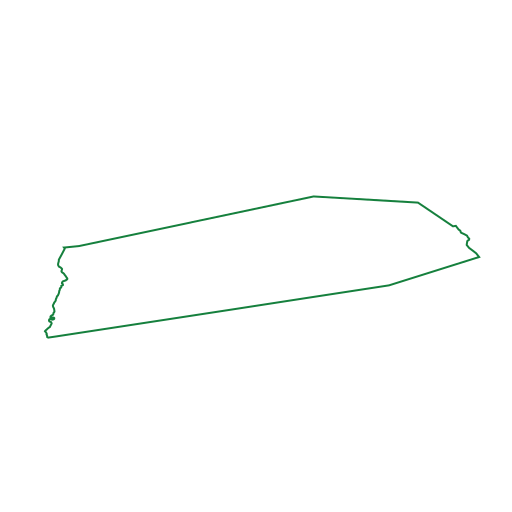 outline of Machinda, Litoral, Equatorial Guinea, rotated 261°
{"feature_id": "11065452B59369715507709", "entity_name": "Machinda", "entity_type": "district", "adm_level": 2, "iso_a3": "GNQ", "parent_name": "Equatorial Guinea", "parent_adm1": "Litoral", "projection": "natural_earth1", "projection_center": [9.965, 1.936], "detail": "fine", "context": "isolated", "style": "outline", "palette": "green", "viewbox_px": 512, "rotation_deg": 261, "n_neighbors": 0, "source": "geoboundaries", "source_scale": "gbopen_adm2", "svg_char_len": 2585}
<svg xmlns="http://www.w3.org/2000/svg" viewBox="0 0 512 512"><g transform="rotate(261 256 256)"><path d="M220.1,476.2L221.5,475.4L224.2,473.9L227.1,471.2L230.5,467.9L230.7,467.7L233.5,466.1L233.7,465.9L233.9,465.9L234.1,465.9L234.3,465.9L237.3,466.9L237.4,467.0L237.6,467.0L237.8,467.3L238.1,467.6L238.7,469.0L239.7,469.3L241.0,468.4L241.3,468.2L243.1,467.6L245.0,465.1L246.8,462.4L247.0,462.3L247.0,462.2L247.4,462.0L247.5,462.0L247.7,461.9L249.1,461.7L250.1,460.6L250.3,460.5L250.4,460.3L253.5,458.6L254.5,458.1L254.5,455.2L283.4,424.3L305.8,322.2L299.4,197.5L299.3,196.8L293.5,82.7L294.3,68.8L294.4,67.7L294.2,67.8L293.4,68.3L292.4,67.7L291.1,66.7L288.0,64.4L283.2,60.7L281.7,60.4L279.5,59.4L278.2,59.1L277.1,59.4L276.1,59.9L275.8,60.4L275.5,60.9L275.0,61.4L274.1,62.1L273.5,62.4L272.9,62.2L272.3,61.9L271.5,61.5L271.0,61.5L270.4,61.8L269.8,62.3L269.4,62.8L269.1,63.1L268.3,63.7L267.7,63.9L267.3,64.1L266.8,64.4L266.4,64.6L265.9,64.9L265.3,65.2L264.4,65.5L264.2,65.6L263.7,66.0L263.0,66.1L262.6,65.9L262.4,65.6L262.2,65.3L262.1,64.8L261.6,64.2L261.6,63.6L261.4,62.8L261.3,62.0L261.1,61.2L260.9,61.0L260.6,60.7L260.2,60.3L259.7,60.2L259.4,60.1L259.2,60.3L258.9,60.5L258.3,60.8L258.0,60.8L257.6,60.8L257.4,60.5L257.3,60.1L257.0,59.3L256.9,59.0L256.7,59.0L256.1,58.9L255.7,58.8L255.3,58.5L255.1,58.1L255.0,57.7L254.7,57.3L254.6,57.2L253.5,57.0L252.9,56.7L252.1,56.1L251.4,56.0L250.6,55.7L249.4,55.1L248.9,54.7L248.0,54.2L247.3,53.1L246.7,52.8L245.9,52.5L245.2,51.9L244.4,51.5L243.3,51.2L242.2,50.2L241.6,49.4L240.7,49.0L240.2,48.5L239.0,47.7L238.4,47.6L237.6,47.7L237.1,47.8L236.3,48.1L235.6,48.3L234.7,48.3L233.5,48.3L232.9,48.3L232.1,47.9L231.9,47.5L231.6,47.2L230.9,46.9L230.2,46.7L229.6,46.1L229.4,45.4L229.2,44.7L228.8,44.1L228.5,43.7L227.9,43.4L227.6,43.4L227.5,43.7L227.4,43.9L227.2,44.7L227.1,45.0L227.0,45.4L227.0,45.5L226.9,45.8L226.9,46.3L226.7,46.7L226.6,46.8L226.3,47.0L225.6,46.9L225.3,46.6L225.2,46.4L225.1,46.2L225.0,45.4L225.0,44.7L225.3,44.1L225.6,43.5L225.8,43.0L225.9,42.6L225.9,42.3L225.7,41.9L225.0,41.5L224.3,41.5L223.9,41.6L223.6,41.8L223.4,42.2L222.9,43.0L222.7,43.3L222.1,43.5L221.4,43.6L220.6,43.1L218.9,41.8L218.7,41.7L218.1,41.3L217.9,40.7L217.6,40.1L217.1,39.2L216.8,38.7L216.1,37.8L215.8,37.2L215.1,36.2L214.7,35.8L214.3,36.0L213.8,36.4L213.5,36.6L212.9,36.8L212.7,36.9L212.2,37.1L211.8,37.1L211.6,37.0L211.3,36.8L211.2,36.8L210.9,36.9L210.6,37.1L210.1,37.1L209.9,37.2L209.5,37.2L209.0,37.1L208.6,37.1L207.9,38.0L207.9,38.3L207.8,46.6L207.8,49.2L206.9,225.1L206.6,302.9L206.2,382.8L220.1,476.2Z" fill="none" stroke="#15803d" stroke-width="2"/></g></svg>